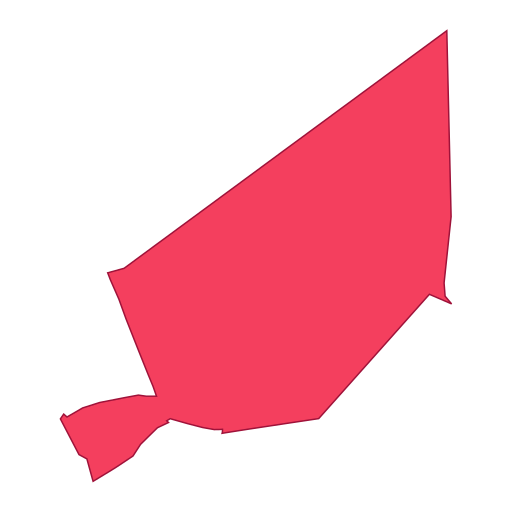 outline of San Miguel Tequixtepec, Oaxaca, Mexico
{"feature_id": "50627088B88201082467203", "entity_name": "San Miguel Tequixtepec", "entity_type": "district", "adm_level": 2, "iso_a3": "MEX", "parent_name": "Mexico", "parent_adm1": "Oaxaca", "projection": "natural_earth1", "projection_center": [-97.352, 17.831], "detail": "fine", "context": "isolated", "style": "filled", "palette": "rose", "viewbox_px": 512, "rotation_deg": 0, "n_neighbors": 0, "source": "geoboundaries", "source_scale": "gbopen_adm2", "svg_char_len": 817}
<svg xmlns="http://www.w3.org/2000/svg" viewBox="0 0 512 512"><path d="M451.6,303.9L445.1,296.2L444.1,283.2L444.1,282.8L451.1,216.7L446.8,30.7L401.3,64.2L280.5,153.1L190.5,219.4L157.6,243.6L124.1,268.3L107.7,272.8L110.3,279.6L118.9,299.2L126.0,318.8L138.6,350.7L148.1,374.4L153.1,386.5L156.5,396.2L146.2,396.2L138.4,395.1L124.8,397.6L99.7,402.5L82.7,407.9L67.0,417.0L63.7,414.1L60.4,418.9L79.0,454.6L86.9,458.9L91.3,474.9L93.1,481.3L111.7,470.0L115.4,467.7L133.0,456.0L140.5,444.4L148.4,436.6L157.5,427.7L168.5,422.5L166.7,420.8L170.2,418.7L187.5,423.6L202.6,427.5L214.4,429.6L215.9,429.5L216.8,429.5L219.0,429.5L220.7,429.4L222.5,429.3L222.5,430.9L222.3,432.6L222.1,433.3L226.4,432.6L248.1,429.2L289.9,422.9L318.7,418.6L348.5,385.1L429.4,294.3L451.6,303.9Z" fill="#f43f5e" stroke="#9f1239" stroke-width="1.5"/></svg>